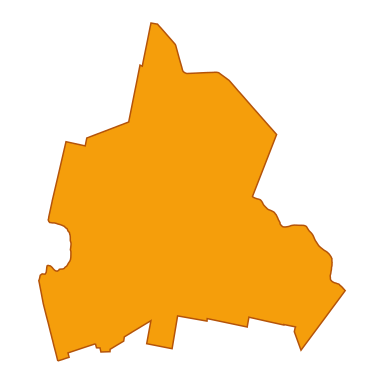 outline of Río Hondo, Santiago del Estero, Argentina
{"feature_id": "61730980B3191379670925", "entity_name": "Río Hondo", "entity_type": "district", "adm_level": 2, "iso_a3": "ARG", "parent_name": "Argentina", "parent_adm1": "Santiago del Estero", "projection": "orthographic", "projection_center": [-64.73, -27.436], "detail": "fine", "context": "isolated", "style": "filled", "palette": "amber", "viewbox_px": 384, "rotation_deg": 0, "n_neighbors": 0, "source": "geoboundaries", "source_scale": "gbopen_adm2", "svg_char_len": 3842}
<svg xmlns="http://www.w3.org/2000/svg" viewBox="0 0 384 384"><path d="M57.8,361.0L57.8,360.9L62.5,359.5L66.2,358.2L67.5,357.8L68.8,357.4L69.1,357.3L68.0,352.9L83.8,347.6L95.4,343.8L95.4,343.7L96.5,347.8L100.0,347.9L100.8,351.5L100.9,352.0L110.0,351.7L110.1,349.3L117.2,345.0L123.7,341.1L124.3,336.9L132.7,331.7L150.9,320.7L146.7,343.7L172.1,348.7L177.6,315.9L207.0,321.1L207.2,318.6L247.2,327.0L247.2,326.9L248.9,317.3L248.9,317.2L259.1,319.5L268.8,321.7L283.8,325.0L283.8,324.5L293.1,326.4L295.6,326.9L295.6,327.0L295.2,327.5L294.3,331.7L301.0,350.2L326.1,316.4L331.1,309.6L337.8,300.6L345.2,290.6L344.6,290.0L344.1,289.3L343.6,288.9L343.1,288.4L342.8,287.8L342.3,287.4L341.8,286.8L341.5,286.6L341.0,286.1L340.4,285.6L339.9,285.4L339.5,284.6L338.9,284.2L337.9,283.8L337.0,283.6L336.4,283.3L335.6,283.0L334.8,282.9L334.3,282.7L333.2,282.1L332.4,281.7L332.0,281.4L331.3,280.6L330.8,280.1L330.5,279.4L330.4,278.9L330.4,277.8L330.3,277.0L330.2,276.3L330.2,275.5L330.4,274.9L330.7,273.7L330.9,272.5L331.0,271.6L331.2,270.7L331.4,269.7L331.5,268.5L331.5,267.6L331.9,265.9L332.0,264.8L332.0,263.4L332.1,262.5L331.9,261.2L331.9,260.0L331.9,258.5L331.4,257.7L331.1,256.9L330.3,255.7L329.7,254.8L329.1,254.0L328.3,253.2L327.8,252.8L327.4,252.3L326.6,251.8L325.8,251.2L324.7,250.6L323.8,250.0L322.9,249.3L321.8,248.4L321.0,247.8L319.1,246.1L318.1,244.8L317.3,243.5L316.3,242.0L315.3,240.5L314.5,238.8L313.8,237.1L313.1,235.6L312.4,234.4L311.3,233.0L310.1,231.8L309.2,230.9L308.3,229.6L307.5,228.3L306.4,226.5L304.9,225.7L303.7,225.4L301.9,225.3L300.5,225.3L299.2,225.3L297.3,225.2L294.3,225.1L292.6,225.3L291.0,225.6L290.1,226.0L288.5,226.5L286.7,226.8L285.1,227.0L283.4,226.9L282.5,226.6L281.2,225.3L280.8,224.9L280.1,223.9L280.0,222.6L279.2,221.1L278.4,219.7L277.7,217.9L276.7,215.9L276.2,214.8L275.3,213.8L274.4,212.5L273.6,211.9L272.1,211.1L271.3,210.7L270.1,210.2L268.5,209.6L267.4,208.9L266.2,207.6L265.5,207.0L264.8,206.2L263.9,205.3L263.6,204.8L262.8,203.5L262.5,202.6L261.9,201.7L261.2,200.7L260.3,199.8L259.6,199.5L258.4,199.1L257.4,198.9L256.2,198.5L254.8,198.0L254.0,197.6L253.2,197.2L252.5,196.5L252.5,196.4L276.6,134.5L276.5,134.4L268.0,124.8L259.1,114.7L258.6,114.1L256.3,111.5L252.4,107.1L251.8,106.4L240.2,93.1L238.0,90.7L234.7,86.8L229.1,80.4L228.7,80.1L219.6,73.4L219.0,72.9L218.3,72.6L217.8,72.5L216.6,72.3L214.1,72.3L213.9,72.4L213.6,72.4L206.4,72.6L200.2,72.9L196.1,73.1L186.9,73.5L185.5,73.1L184.5,72.5L183.6,71.9L183.1,71.4L182.9,71.0L182.4,69.7L181.8,67.3L179.5,59.3L175.7,45.4L175.4,44.7L175.0,44.1L160.5,27.5L160.1,27.1L159.1,26.0L158.6,25.5L158.4,25.2L157.9,24.6L157.5,24.1L156.5,24.0L156.0,23.9L151.0,23.0L150.7,24.4L150.6,24.7L150.6,25.1L150.4,25.8L150.2,26.7L149.9,28.2L147.4,40.8L143.5,60.0L142.3,66.2L140.0,65.1L136.3,83.9L135.0,90.3L128.7,122.0L86.8,138.0L85.2,145.9L66.0,141.7L59.7,168.9L57.7,177.5L52.2,200.9L52.2,201.1L50.3,209.9L48.7,217.3L48.7,218.1L48.2,219.9L48.8,221.4L49.7,222.5L50.6,222.6L52.4,222.9L54.3,222.9L56.6,223.5L57.5,223.9L60.2,224.6L62.1,225.3L63.7,226.1L64.1,226.2L64.8,226.9L65.8,227.9L67.0,228.6L68.0,230.9L68.2,231.3L69.4,232.5L69.7,234.1L70.0,234.9L70.2,235.9L70.3,237.4L70.3,238.8L70.3,240.2L70.3,240.6L71.0,242.9L71.0,244.8L70.8,246.6L70.7,247.6L70.4,249.8L70.8,251.1L70.9,251.8L70.9,254.7L70.8,257.4L70.5,259.5L69.8,261.2L68.2,263.5L67.5,264.9L66.6,266.2L65.0,267.3L64.2,268.4L62.7,269.0L60.7,269.1L59.3,269.3L58.7,270.3L57.2,271.2L55.5,270.8L54.5,270.1L53.3,268.9L52.3,267.6L51.1,266.5L50.3,265.9L49.2,265.7L48.1,265.4L47.7,265.5L47.2,265.7L46.8,267.1L46.5,270.1L46.3,271.5L46.2,272.4L45.0,274.2L42.1,273.9L40.3,275.2L40.2,275.4L39.4,279.1L38.8,280.6L39.3,282.9L40.7,290.2L41.1,292.2L43.3,303.8L46.4,316.1L48.2,322.9L50.5,332.2L51.3,335.2L51.9,337.7L52.0,338.2L52.6,340.3L53.3,343.3L53.8,345.4L54.5,348.0L55.9,353.3L57.8,361.0Z" fill="#f59e0b" stroke="#b45309" stroke-width="1.5"/></svg>